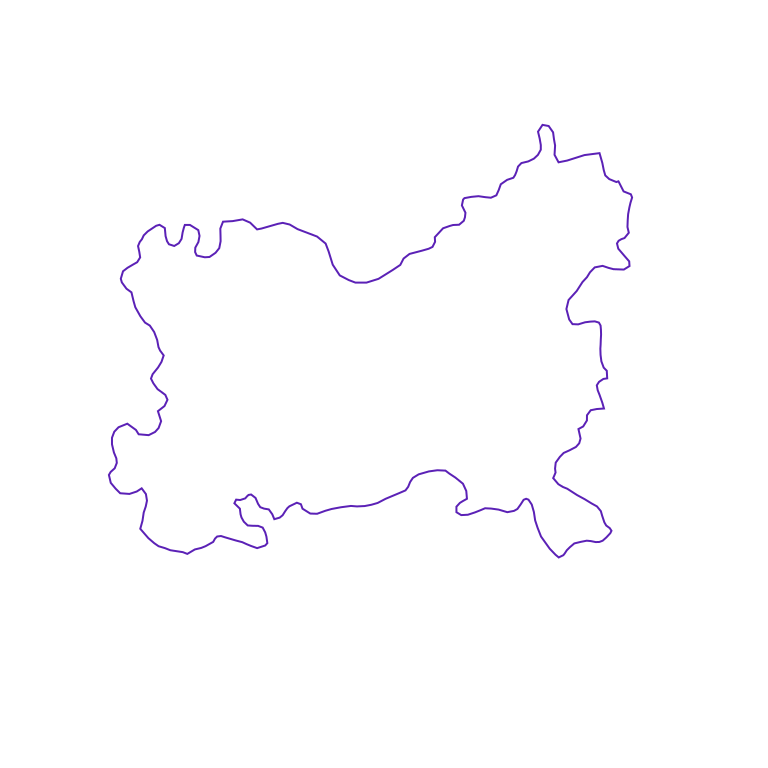 outline of Rahachow, Gomel, Belarus, rotated 344°
{"feature_id": "67162791B93010244041694", "entity_name": "Rahachow", "entity_type": "district", "adm_level": 2, "iso_a3": "BLR", "parent_name": "Belarus", "parent_adm1": "Gomel", "projection": "albers", "projection_center": [30.185, 53.104], "detail": "fine", "context": "isolated", "style": "outline", "palette": "violet", "viewbox_px": 768, "rotation_deg": 344, "n_neighbors": 0, "source": "geoboundaries", "source_scale": "gbopen_adm2", "svg_char_len": 4698}
<svg xmlns="http://www.w3.org/2000/svg" viewBox="0 0 768 768"><g transform="rotate(344 384 384)"><path d="M504.5,598.8L509.2,598.0L510.9,596.8L513.9,594.2L517.7,592.1L523.0,589.7L529.8,590.0L535.7,590.5L539.5,592.0L543.9,594.3L547.5,595.2L551.0,594.9L555.4,592.8L560.4,589.8L562.2,587.8L561.3,584.8L558.6,581.3L557.7,577.8L557.4,570.7L557.4,566.0L555.0,560.4L550.6,556.0L545.2,550.1L539.0,544.0L531.3,535.2L527.5,532.2L524.0,528.4L520.7,521.1L522.2,519.3L524.5,516.4L525.1,512.5L527.4,506.9L533.0,502.5L537.7,499.8L543.9,498.9L551.2,497.4L555.3,494.8L557.9,490.6L558.2,485.9L558.5,480.9L563.8,479.7L569.0,475.0L570.5,470.0L575.5,466.2L581.6,466.7L588.7,468.2L588.7,462.1L588.2,453.9L587.7,448.9L588.2,443.9L591.3,441.2L596.3,439.6L600.1,440.1L601.8,432.7L599.7,428.8L599.2,422.1L600.2,415.7L601.7,409.7L603.0,406.1L604.7,400.9L606.3,396.3L607.5,391.6L608.3,387.5L607.5,384.2L603.9,381.9L599.5,380.9L594.3,380.1L587.1,380.2L581.7,378.4L579.8,373.0L580.0,362.2L584.6,354.1L594.9,347.7L602.9,340.7L608.5,337.3L612.8,333.4L618.7,330.0L626.7,330.7L631.9,334.3L636.3,336.9L646.1,340.1L652.5,338.3L653.5,333.7L650.6,327.5L646.5,318.5L646.7,313.1L649.0,311.0L652.1,310.2L655.4,310.0L661.0,306.1L661.3,300.2L663.5,293.5L665.5,288.0L668.6,281.8L670.9,277.7L673.9,273.1L673.6,269.7L671.0,267.7L667.4,264.9L665.3,254.1L665.2,253.8L663.0,253.9L657.0,249.1L654.2,244.5L654.2,239.0L654.8,231.6L654.8,221.5L639.8,219.2L621.6,219.7L612.9,219.0L611.1,210.7L614.2,201.9L614.9,195.3L615.9,188.7L613.4,181.4L607.8,178.6L601.6,183.9L601.6,184.1L601.3,190.9L600.6,197.5L599.3,202.0L595.1,206.2L590.2,208.7L584.0,209.8L577.0,209.5L572.8,211.9L570.1,216.1L567.6,219.3L565.2,221.4L558.6,221.7L551.3,224.2L547.8,229.1L544.0,233.6L538.1,234.4L532.8,232.3L526.6,229.5L519.6,228.2L512.6,227.5L510.9,228.5L508.1,233.8L509.5,241.8L507.8,246.0L505.7,249.1L500.1,251.6L494.2,250.2L490.7,250.2L483.7,250.6L473.3,256.9L472.3,261.4L468.4,265.6L464.2,266.3L457.3,266.3L444.4,266.0L437.4,268.8L432.5,274.0L423.8,276.8L415.1,279.3L407.7,281.4L395.2,281.7L384.4,278.6L378.8,274.4L371.4,267.4L367.6,255.2L367.3,241.3L366.6,232.9L360.3,223.8L343.6,211.3L337.3,204.7L331.1,201.2L326.2,200.8L318.5,200.8L309.1,200.8L304.6,200.4L299.8,192.0L293.5,186.8L283.4,185.7L274.0,183.6L269.5,189.5L267.7,196.5L266.3,201.7L263.1,208.0L258.3,211.4L257.5,211.7L251.3,213.8L246.7,212.8L239.4,208.9L238.8,205.1L240.2,200.9L244.7,196.4L247.5,190.8L247.9,184.9L241.3,177.6L236.4,176.2L234.7,178.6L232.2,182.8L229.4,188.7L225.6,192.1L220.4,193.5L215.8,190.4L214.8,186.9L214.8,181.7L216.3,173.7L212.1,169.1L208.6,169.1L198.9,172.2L194.0,174.9L191.2,178.1L188.4,180.1L185.6,183.6L185.2,189.5L184.5,195.1L180.3,198.9L176.1,199.9L169.5,201.6L164.2,203.7L160.0,210.3L160.0,214.1L162.7,221.4L166.5,226.3L166.1,235.4L166.1,241.7L168.5,251.8L171.2,259.1L175.0,263.3L177.4,270.7L178.1,279.1L177.4,286.4L178.0,290.2L180.1,295.8L176.2,301.4L171.3,305.9L164.3,310.8L161.5,314.6L162.5,319.8L164.9,326.5L170.8,334.2L171.5,339.5L166.9,344.7L159.2,347.8L159.5,358.3L155.2,364.2L150.7,367.0L143.7,368.3L134.3,364.7L132.9,359.8L126.3,351.4L116.9,352.4L113.0,354.7L111.6,355.5L107.7,360.7L105.9,367.0L105.5,375.4L106.2,381.7L105.4,386.2L101.9,390.8L97.0,393.2L94.5,395.6L94.1,403.7L97.2,410.7L100.3,416.3L109.0,419.5L116.7,419.2L122.3,417.5L124.8,424.2L124.0,430.8L121.2,436.1L117.6,441.3L114.1,449.0L109.8,456.0L112.9,462.7L115.0,467.2L119.2,473.6L122.6,477.8L128.2,481.4L132.8,484.9L144.3,490.2L148.1,493.1L156.6,490.9L163.1,491.2L167.8,490.7L176.3,488.7L179.0,486.0L181.6,484.6L185.4,485.2L189.0,487.6L198.3,493.5L204.2,497.0L207.7,500.0L211.5,503.0L216.8,506.8L225.3,506.5L228.0,504.8L228.9,498.3L228.9,493.9L227.8,488.6L223.9,485.7L218.1,483.9L214.0,482.4L211.3,477.7L210.2,473.0L210.2,469.7L211.1,464.1L207.3,457.4L210.0,454.4L213.8,455.9L219.1,455.7L221.4,454.2L223.2,453.3L225.8,453.6L229.1,458.1L229.9,464.5L231.1,468.3L234.3,470.7L238.7,472.8L240.7,478.4L241.3,483.7L246.9,483.7L250.4,482.2L254.0,479.0L256.9,476.7L259.3,475.5L267.5,474.1L271.0,476.7L271.3,481.4L277.4,488.2L283.9,490.3L292.7,489.7L299.2,489.7L308.6,490.6L318.6,492.1L324.2,494.2L331.8,496.0L338.6,496.6L345.1,496.6L353.9,494.8L361.5,493.9L368.3,493.1L375.3,492.2L378.9,489.5L382.1,485.4L385.9,482.2L392.4,480.4L403.0,480.4L411.5,481.6L419.2,484.2L422.1,488.1L426.8,493.6L432.4,501.6L433.6,509.5L432.1,517.2L427.4,518.3L424.2,519.2L419.8,521.9L418.3,527.2L422.1,531.3L428.6,532.8L436.0,532.5L442.1,531.9L446.9,531.3L452.7,533.3L459.5,536.3L467.2,541.2L474.0,541.8L477.8,540.9L482.2,537.4L486.3,533.8L489.0,533.5L491.0,535.0L492.8,540.6L492.8,548.3L491.7,556.8L492.0,564.5L492.9,573.9L495.3,580.7L497.9,588.0L501.8,595.4L504.2,598.9L504.5,598.8Z" fill="none" stroke="#5b21b6" stroke-width="2"/></g></svg>